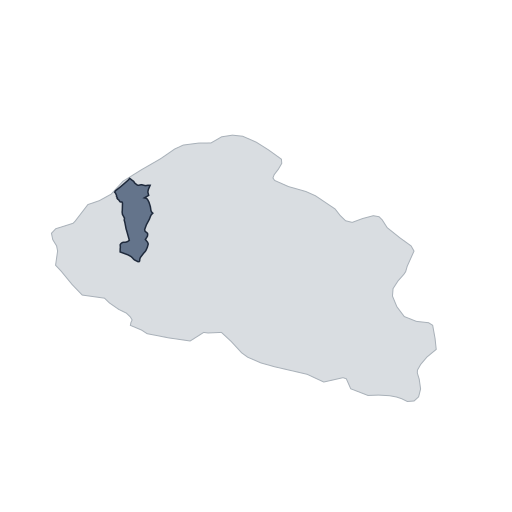 Bhutan, with Paro highlighted, rotated 19°
{"feature_id": "BTN-2436", "entity_name": "Paro", "entity_type": "District", "adm_level": 1, "iso_a3": "BTN", "parent_name": "Bhutan", "parent_adm1": "", "projection": "mercator", "projection_center": [89.353, 27.467], "detail": "fine", "context": "in_parent", "style": "filled", "palette": "slate", "viewbox_px": 512, "rotation_deg": 19, "n_neighbors": 0, "source": "natural_earth", "source_scale": "10m", "svg_char_len": 2703}
<svg xmlns="http://www.w3.org/2000/svg" viewBox="0 0 512 512"><g transform="rotate(19 256 256)"><path d="M402.6,222.0L401.8,225.1L398.4,233.3L396.2,242.2L398.1,249.5L405.7,258.1L415.9,265.0L428.9,265.6L440.9,262.9L445.6,264.0L452.1,275.6L456.8,285.6L450.5,295.9L447.0,304.9L445.8,311.3L446.6,314.1L450.4,319.3L454.9,328.1L455.6,336.2L452.7,341.6L446.5,344.3L440.0,343.5L434.6,343.6L427.8,344.6L417.2,347.6L407.3,351.4L388.8,350.7L381.4,342.7L377.9,342.7L361.1,353.1L342.8,351.2L309.4,354.7L295.4,355.5L281.1,354.4L273.9,352.2L260.4,344.9L248.2,339.5L235.7,344.4L231.4,345.3L221.4,357.8L199.8,361.9L178.3,364.9L172.0,363.3L159.8,362.5L159.4,359.6L159.7,356.8L157.0,354.5L152.0,352.2L143.6,351.2L132.7,348.1L126.5,345.2L104.4,349.5L91.5,342.9L76.9,333.9L69.5,330.0L66.8,315.9L64.2,311.4L58.5,306.7L55.2,301.1L57.8,295.4L72.4,284.6L73.6,282.1L80.3,262.1L89.7,254.8L98.9,244.7L105.9,228.6L119.3,212.1L134.1,195.1L144.3,181.3L151.1,174.8L165.0,167.9L176.6,163.8L184.7,154.5L194.4,149.4L204.4,147.1L219.2,148.3L233.2,151.6L248.5,156.2L250.2,160.0L248.9,166.6L246.7,173.2L246.6,176.7L249.0,178.5L264.0,179.8L282.3,178.8L292.6,179.7L315.5,185.8L322.2,190.2L329.2,193.5L336.0,192.9L344.7,185.8L353.8,179.7L359.5,178.8L363.5,180.7L370.8,186.5L385.9,191.9L399.4,196.0L403.8,199.9L402.3,216.5L402.6,222.0Z" fill="#d9dde1" stroke="#a8b0b8" stroke-width="1"/><path d="M101.6,241.7L101.9,240.0L105.3,234.8L110.4,226.0L111.3,223.7L113.4,224.4L114.1,224.7L115.9,225.2L116.4,225.5L117.2,226.3L117.6,226.5L120.1,227.4L121.0,227.6L122.0,227.4L123.3,226.5L124.7,225.8L127.6,225.6L128.8,225.4L130.6,224.4L132.9,223.6L132.6,227.6L132.6,228.4L132.8,230.2L133.0,230.9L134.8,233.6L131.5,237.4L133.4,237.2L134.2,237.4L135.3,238.1L137.4,240.1L140.1,243.8L141.9,247.3L143.1,248.5L144.5,249.1L143.5,251.2L143.3,252.9L143.2,256.0L142.2,262.1L142.1,267.2L142.9,268.6L143.9,269.1L144.4,269.2L145.9,269.8L146.4,270.4L146.7,271.4L146.9,272.8L146.0,276.4L149.0,278.3L149.8,279.2L150.2,279.8L150.4,282.9L150.4,283.4L150.1,286.7L149.7,288.0L148.9,289.8L147.2,294.9L147.1,296.1L147.2,297.1L147.3,297.6L147.5,298.1L147.6,298.5L147.5,298.9L147.4,299.3L146.3,299.8L142.6,299.3L141.6,299.0L139.6,297.9L138.0,297.2L134.6,296.6L126.2,296.4L125.2,293.3L124.9,291.9L123.9,289.6L124.2,288.4L124.7,287.5L125.4,286.7L126.1,286.2L127.8,285.6L128.6,285.2L130.1,283.9L131.1,282.4L126.1,275.1L124.3,272.6L121.1,267.0L119.7,265.0L119.3,262.9L118.5,262.3L117.6,261.4L116.2,260.2L115.1,258.0L114.7,256.3L112.6,249.6L112.0,248.7L111.3,248.6L110.8,248.9L110.3,249.0L109.9,249.0L109.5,248.8L108.0,247.7L107.4,247.4L106.8,247.3L105.9,246.7L105.9,246.0L104.8,245.3L104.4,244.1L102.7,242.3L101.6,241.7Z" fill="#64748b" stroke="#1e293b" stroke-width="1.5"/></g></svg>